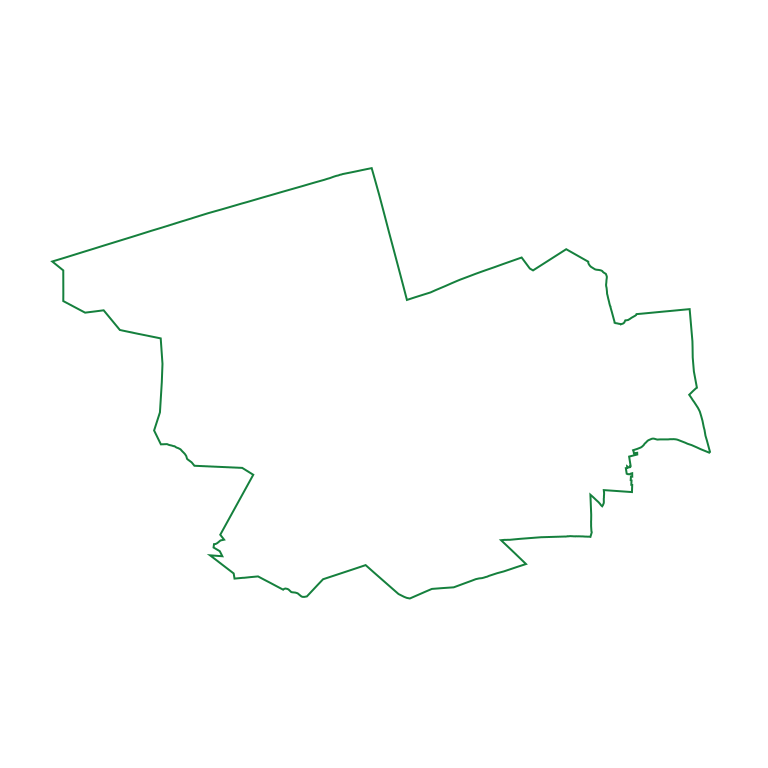 the district of Ocoyoacac, México, Mexico, rotated 174°
{"feature_id": "50627088B98406065457208", "entity_name": "Ocoyoacac", "entity_type": "district", "adm_level": 2, "iso_a3": "MEX", "parent_name": "Mexico", "parent_adm1": "México", "projection": "robinson", "projection_center": [-99.425, 19.258], "detail": "fine", "context": "isolated", "style": "outline", "palette": "green", "viewbox_px": 768, "rotation_deg": 174, "n_neighbors": 0, "source": "geoboundaries", "source_scale": "gbopen_adm2", "svg_char_len": 5122}
<svg xmlns="http://www.w3.org/2000/svg" viewBox="0 0 768 768"><g transform="rotate(174 384 384)"><path d="M233.9,495.4L242.7,493.3L252.8,490.9L262.1,488.6L272.0,486.3L274.9,485.6L281.4,484.0L287.8,482.3L297.4,479.8L300.8,478.8L306.6,477.0L312.8,475.0L322.7,472.0L328.2,470.2L335.7,468.7L344.0,467.0L352.4,465.2L354.6,479.7L356.5,492.0L358.9,507.4L360.7,518.9L363.1,534.0L365.0,546.6L366.7,557.7L369.0,572.5L371.7,588.5L373.7,600.0L383.7,599.0L388.4,598.5L395.5,597.8L403.2,597.1L404.4,596.8L405.8,596.7L407.6,596.2L409.6,596.0L412.5,595.4L416.4,594.4L418.8,594.0L422.1,593.3L431.5,591.7L438.2,590.5L444.7,589.3L451.6,588.1L457.9,587.0L464.8,585.8L471.4,584.6L478.1,583.4L481.0,582.9L484.4,582.3L494.3,580.5L500.9,579.3L507.5,578.2L514.0,577.0L520.6,575.8L527.3,574.6L533.8,573.5L541.3,572.2L550.4,570.4L560.2,568.4L570.0,566.5L579.9,564.5L589.8,562.5L599.3,560.7L609.1,558.7L619.0,556.7L629.2,554.7L638.3,552.9L648.5,550.9L658.4,548.9L668.1,547.0L678.6,544.9L688.1,543.0L698.0,541.1L701.1,540.5L691.1,530.5L693.5,507.1L694.3,500.0L673.8,486.2L663.3,486.4L655.1,486.6L642.2,467.1L641.0,465.3L623.9,459.8L601.3,452.7L602.2,427.2L604.8,409.0L609.8,379.2L617.5,361.8L612.2,347.3L606.1,346.9L604.0,345.8L602.8,345.4L601.6,345.0L599.8,344.2L598.8,344.0L597.3,342.7L596.6,342.3L595.3,341.7L593.2,340.3L591.7,338.2L590.3,336.5L589.2,335.0L588.2,333.0L587.7,330.2L587.0,329.4L583.5,326.2L581.1,322.5L553.8,318.4L533.8,315.4L523.5,307.4L562.6,251.2L559.3,245.9L562.9,245.5L563.6,245.1L564.6,244.4L566.6,243.1L568.2,242.5L569.8,242.5L570.6,239.2L564.8,234.9L562.8,229.6L574.9,231.8L553.3,211.3L553.0,206.1L544.7,206.0L543.3,205.9L537.1,205.9L529.4,205.8L523.6,201.9L517.7,198.0L511.8,194.0L505.8,190.0L505.4,190.3L504.6,190.7L503.4,190.9L501.5,190.3L500.4,189.6L498.0,186.8L497.2,186.5L493.9,185.8L491.8,184.9L488.5,181.5L487.5,180.9L485.7,180.6L482.9,180.8L474.0,188.5L471.0,191.1L465.0,196.2L454.9,198.4L444.8,200.6L434.7,202.8L427.9,204.3L421.2,205.8L413.8,197.7L406.4,189.7L399.0,181.7L391.5,173.6L386.2,170.2L383.7,168.9L380.7,168.0L370.9,171.1L364.3,173.2L357.8,175.2L346.8,174.9L335.9,174.5L324.9,177.3L317.7,179.1L313.2,180.3L309.8,180.7L306.8,180.7L304.9,181.0L303.0,181.4L301.5,181.6L299.7,182.2L291.3,184.0L284.4,185.1L278.1,186.5L271.0,188.1L261.6,190.1L267.9,197.6L272.7,203.3L277.9,209.4L283.9,216.4L280.7,216.4L275.0,215.9L265.3,215.8L244.0,215.2L232.0,214.3L220.0,213.4L219.8,213.3L217.3,213.3L217.2,213.4L216.2,213.2L215.8,213.3L214.5,213.2L213.0,213.0L211.4,212.7L209.6,212.5L209.4,212.4L209.0,212.5L207.1,212.2L206.4,212.2L202.9,211.7L202.4,211.7L200.5,211.3L200.3,211.3L199.7,211.2L198.2,211.0L196.8,210.8L195.8,210.7L194.7,210.4L194.4,211.2L194.1,211.8L192.9,214.8L192.9,215.1L193.1,215.8L192.9,220.7L192.8,222.0L192.7,222.6L192.4,225.9L192.2,227.0L191.6,232.2L190.3,252.3L187.9,249.7L185.0,246.3L184.2,245.4L183.2,244.3L181.8,242.4L181.3,241.5L180.7,240.6L179.8,239.6L178.9,240.7L178.4,241.7L177.9,242.6L177.7,243.6L177.6,244.8L177.4,247.0L177.1,248.3L177.0,249.5L176.7,251.0L176.5,252.5L176.5,253.7L176.5,255.5L165.7,253.6L158.9,252.4L152.1,251.2L148.7,250.6L147.7,257.7L148.6,257.9L147.9,262.2L148.7,262.5L148.1,266.1L146.8,265.9L146.5,269.3L148.2,269.0L148.9,268.5L150.1,268.8L150.6,268.7L152.0,269.4L152.3,275.0L150.9,275.0L150.8,276.7L149.5,275.5L147.9,275.6L147.8,276.8L147.3,276.8L147.4,278.6L147.7,284.1L147.7,284.9L147.8,285.6L147.8,286.2L139.5,287.4L139.4,289.1L142.7,289.0L142.8,290.6L143.2,292.1L139.3,292.9L137.8,293.3L136.4,293.7L135.3,294.0L133.8,294.8L132.9,295.5L132.0,296.2L131.3,297.1L130.5,297.8L129.5,298.5L128.5,299.4L127.6,300.1L126.4,300.6L123.5,301.5L122.2,301.6L121.2,301.4L119.9,300.9L118.7,300.4L117.6,300.1L116.4,300.1L114.5,300.0L107.1,299.2L105.5,299.2L103.6,299.0L101.9,298.9L100.2,298.6L98.7,298.2L97.7,297.8L90.5,294.1L88.5,292.9L87.2,292.3L84.5,291.1L79.6,288.3L76.1,286.2L67.7,281.7L66.9,282.4L67.4,285.4L68.8,294.2L69.7,299.0L70.0,304.0L70.0,304.5L70.5,307.6L71.1,314.1L71.5,316.5L71.9,318.9L72.8,323.6L74.2,327.3L77.5,333.8L78.4,335.3L79.7,337.9L81.6,341.4L77.3,344.8L74.2,347.1L73.2,347.6L74.5,364.1L74.2,378.1L73.3,388.0L72.8,394.2L72.2,426.5L79.9,426.6L91.3,426.7L98.1,426.8L109.3,426.9L119.4,427.0L125.6,427.1L126.1,426.2L127.2,425.6L130.9,424.0L132.7,423.0L133.2,422.8L134.3,422.2L136.4,422.0L137.3,422.1L138.0,421.1L138.6,420.0L139.8,419.2L141.9,418.7L142.3,418.6L142.4,418.9L144.3,419.4L145.7,419.9L147.6,420.4L148.3,420.9L148.2,421.2L148.2,421.5L148.3,422.1L148.7,424.5L149.0,426.4L149.6,430.1L149.9,432.0L150.5,435.3L150.7,436.7L150.8,437.3L150.7,437.5L150.9,437.7L151.1,438.5L151.5,441.1L151.5,441.6L152.1,445.7L152.5,449.2L152.7,450.2L152.7,450.7L152.6,452.5L152.6,452.9L152.6,454.4L152.6,456.4L152.8,457.9L152.8,459.3L152.6,460.3L152.3,461.6L151.9,464.0L151.4,466.0L151.2,467.1L151.2,467.7L151.6,469.4L151.9,470.4L153.3,471.4L154.5,472.5L155.1,473.5L155.7,473.9L156.2,474.2L156.9,474.5L158.6,475.0L160.5,475.4L161.2,475.6L162.2,476.0L163.6,477.1L165.9,478.9L166.8,480.0L167.6,481.4L168.0,482.4L168.2,483.6L168.1,484.3L188.7,499.0L206.9,489.9L217.1,484.8L223.9,481.4L226.9,483.6L230.4,489.5L233.9,495.4Z" fill="none" stroke="#15803d" stroke-width="2"/></g></svg>